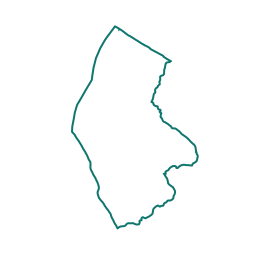 Al Masilah, Al Mahrah, Yemen, rotated 226°
{"feature_id": "15242507B86858383588753", "entity_name": "Al Masilah", "entity_type": "district", "adm_level": 2, "iso_a3": "YEM", "parent_name": "Yemen", "parent_adm1": "Al Mahrah", "projection": "mercator", "projection_center": [50.513, 15.552], "detail": "fine", "context": "isolated", "style": "outline", "palette": "teal", "viewbox_px": 256, "rotation_deg": 226, "n_neighbors": 0, "source": "geoboundaries", "source_scale": "gbopen_adm2", "svg_char_len": 5674}
<svg xmlns="http://www.w3.org/2000/svg" viewBox="0 0 256 256"><g transform="rotate(226 128 128)"><path d="M56.6,148.0L56.9,148.8L57.3,149.6L57.2,150.5L57.0,151.2L56.6,152.8L56.6,153.6L56.6,154.5L57.0,155.3L57.4,156.0L58.4,157.3L58.8,158.1L59.4,158.6L60.0,159.1L60.7,159.3L61.5,159.3L62.1,159.8L62.8,160.3L63.6,160.2L63.9,160.9L64.6,161.3L65.3,161.7L66.0,162.2L66.6,162.7L67.3,163.2L68.1,163.5L68.8,163.7L69.6,163.9L70.4,163.9L71.2,163.8L72.0,163.7L75.2,163.6L76.1,163.6L76.9,163.7L79.2,163.7L80.1,163.6L80.9,163.5L82.5,163.2L83.2,163.1L84.0,162.9L84.8,162.8L85.6,162.5L86.4,162.4L88.0,162.5L89.6,162.6L90.5,162.5L92.1,162.2L92.9,162.1L93.7,162.0L94.5,161.8L95.3,161.3L96.4,160.1L97.2,159.7L98.0,159.6L98.7,159.9L99.4,160.0L100.3,159.9L101.1,159.7L101.9,159.6L102.7,159.6L103.5,159.4L105.1,159.0L106.6,158.6L107.4,158.2L108.2,158.0L109.0,158.1L111.2,159.0L112.1,159.1L112.9,159.0L113.6,159.4L114.1,160.0L114.6,160.6L115.0,161.4L115.4,162.1L116.1,162.3L116.8,161.9L117.6,162.0L117.8,162.7L117.9,163.5L118.6,163.9L119.3,163.5L119.9,163.0L120.9,163.0L121.6,163.3L122.3,163.8L122.9,164.3L123.6,164.0L124.2,163.3L125.0,163.0L125.8,162.8L126.6,162.6L127.4,162.9L128.0,163.3L128.7,163.6L129.5,163.3L130.2,163.0L130.8,163.5L130.9,164.3L131.2,165.1L132.3,167.2L132.8,167.8L133.4,168.6L133.8,169.2L134.3,169.9L134.6,170.6L134.6,171.4L134.5,172.1L135.1,172.9L135.8,173.2L136.4,173.7L136.8,174.4L137.1,175.2L137.1,176.0L137.0,176.9L136.9,177.7L137.5,179.2L137.5,180.0L137.3,180.8L137.6,181.5L138.3,181.9L139.0,182.3L139.6,183.0L139.8,183.8L140.2,184.5L141.4,185.7L142.0,186.2L142.6,186.8L142.6,187.7L142.4,188.4L142.0,189.1L141.6,189.9L141.7,190.7L141.9,191.5L142.4,192.1L143.6,193.3L144.7,194.5L145.1,195.3L145.4,196.0L145.9,196.6L147.3,198.7L147.8,199.3L148.1,200.2L148.2,200.4L148.3,201.0L147.9,201.8L147.5,202.4L147.0,203.1L146.5,203.8L146.4,204.6L146.4,205.2L150.5,204.0L152.0,203.7L153.2,203.4L153.8,203.3L154.2,203.2L154.5,203.1L155.0,203.2L155.3,203.4L155.6,203.3L155.8,203.3L156.2,203.2L159.0,202.3L162.2,201.3L165.2,200.3L165.9,200.1L166.6,199.8L168.3,199.3L169.7,199.0L169.9,199.0L170.3,199.1L171.7,199.0L172.0,198.8L172.6,198.7L173.3,198.4L174.3,198.1L176.0,197.4L176.7,197.3L177.2,197.0L177.8,197.0L179.9,196.3L180.9,196.2L182.1,195.8L182.9,195.7L184.7,195.2L192.9,193.2L194.3,192.6L194.9,192.5L195.8,192.4L196.1,192.3L197.2,192.1L197.7,192.0L198.7,191.9L199.8,191.8L201.0,191.5L202.0,191.4L203.6,191.1L204.6,190.8L205.1,190.6L205.1,190.4L205.3,190.6L205.5,190.6L206.0,190.5L206.4,190.3L206.8,190.3L208.1,189.9L209.5,189.5L210.1,189.2L207.9,175.6L207.2,172.2L204.7,163.6L200.5,153.5L195.3,145.1L190.3,138.5L188.2,136.0L187.6,134.9L184.7,124.1L181.8,114.2L180.0,107.5L175.9,100.2L172.7,96.0L167.8,89.0L164.2,85.1L163.2,85.1L162.7,85.0L160.8,85.0L160.2,84.9L159.7,84.8L159.2,84.7L158.2,84.4L156.5,84.0L156.0,84.0L154.7,83.7L152.6,83.5L152.1,83.3L151.6,83.2L150.5,83.0L149.5,82.8L148.9,82.6L148.4,82.5L147.8,82.4L146.8,82.1L146.2,81.9L145.7,81.8L144.8,81.5L144.2,81.4L143.6,81.2L143.1,81.1L142.6,81.0L142.1,81.0L141.2,80.7L140.7,80.6L140.2,80.5L139.8,80.3L138.6,80.0L138.1,79.9L137.0,79.6L135.6,79.1L134.6,78.7L134.1,78.6L133.3,78.1L131.8,77.7L131.3,77.6L130.1,77.4L129.6,77.1L129.0,76.8L128.7,76.5L128.3,76.2L127.6,75.4L127.2,75.1L126.9,74.7L126.2,74.0L125.4,73.3L124.5,72.7L124.1,72.5L123.2,72.1L121.1,71.6L120.5,71.4L120.1,71.2L119.6,71.0L118.6,70.7L118.0,70.5L117.3,70.4L116.3,70.2L115.1,69.9L114.1,69.6L112.6,69.0L111.5,68.7L110.6,68.4L110.0,68.2L109.2,67.8L108.7,67.6L108.0,67.3L107.6,67.0L106.4,66.4L105.9,66.1L105.4,65.7L104.9,65.2L104.6,64.7L103.9,63.6L103.6,62.7L103.4,62.3L103.1,61.8L102.7,61.4L102.4,61.0L101.6,60.4L100.7,59.9L100.1,59.7L99.2,59.2L98.8,58.9L97.6,58.6L96.3,58.4L95.5,58.3L95.1,58.2L93.9,58.2L91.7,58.1L90.1,57.8L89.1,57.5L88.5,57.4L88.1,57.2L86.9,57.1L86.4,57.0L84.7,56.7L84.1,56.7L83.6,56.7L83.1,56.6L82.1,56.5L81.0,56.2L79.8,56.0L79.2,55.9L78.2,55.7L77.8,55.5L76.2,54.7L75.7,54.4L75.1,54.3L74.5,54.0L72.2,53.4L71.7,53.2L71.2,53.1L70.8,52.9L70.2,52.7L69.3,52.4L68.8,52.3L68.3,52.1L67.7,52.0L67.2,51.9L65.7,51.6L65.2,51.4L64.2,51.1L63.7,51.0L63.2,50.8L63.1,51.1L62.9,52.0L62.8,52.9L62.2,54.4L61.7,55.1L60.6,56.4L60.1,57.1L59.8,57.8L59.7,58.6L59.7,59.4L59.9,60.4L59.7,61.2L59.3,62.0L58.7,62.7L58.1,63.2L57.4,63.8L57.0,64.4L56.5,65.1L55.9,65.6L54.2,66.2L53.5,66.6L52.8,67.0L52.2,67.6L51.7,68.2L51.2,68.8L51.3,69.6L51.6,70.3L52.1,70.9L52.9,71.4L53.2,72.2L52.7,72.9L52.3,73.6L52.8,74.2L53.5,74.7L53.8,75.4L53.8,76.2L53.2,76.9L52.4,77.1L51.7,77.4L51.0,77.8L50.7,78.5L50.5,79.3L50.2,80.2L49.9,81.0L49.7,82.0L49.5,82.8L49.4,83.7L49.3,84.5L49.3,85.4L49.4,86.2L49.9,86.9L50.4,87.6L50.9,88.2L51.8,89.5L52.1,90.2L52.2,91.1L52.2,91.9L52.1,93.7L51.9,94.5L51.7,95.2L51.2,95.8L50.4,96.0L49.6,96.1L49.1,96.7L49.0,97.4L48.6,98.2L48.0,98.8L47.7,99.5L48.0,100.3L48.4,101.0L48.6,101.9L48.5,102.6L48.1,103.4L48.0,104.2L48.2,106.0L47.8,106.7L47.2,107.2L46.6,107.9L46.0,109.3L45.9,110.1L45.9,110.9L46.0,111.7L46.4,112.4L47.0,112.9L47.4,113.7L47.6,114.4L48.2,115.9L48.6,116.7L49.2,117.3L49.9,117.9L50.6,118.2L51.4,118.5L52.9,118.9L53.7,119.1L54.5,119.1L56.1,118.8L57.7,118.5L58.6,118.4L59.4,118.4L60.2,118.4L60.9,118.9L62.3,119.8L63.0,120.1L63.7,120.7L64.5,121.0L65.3,121.1L66.1,121.2L66.9,121.4L69.2,121.9L70.0,122.1L69.6,122.8L69.0,123.3L69.6,124.0L70.3,124.4L70.4,125.3L70.3,126.1L69.9,126.9L69.7,127.9L69.9,128.7L70.1,129.5L70.1,130.3L70.1,131.2L69.9,132.0L69.7,132.9L69.5,133.7L68.5,134.9L67.9,135.4L67.1,135.7L66.4,135.5L65.6,135.1L65.0,135.6L64.7,136.3L64.8,138.0L64.6,138.8L64.1,140.5L63.8,141.3L63.3,141.9L62.8,142.6L62.2,143.1L60.9,144.1L59.7,145.2L59.1,145.8L58.5,146.4L57.7,146.9L57.1,147.4L56.6,148.0Z" fill="none" stroke="#0f766e" stroke-width="2"/></g></svg>